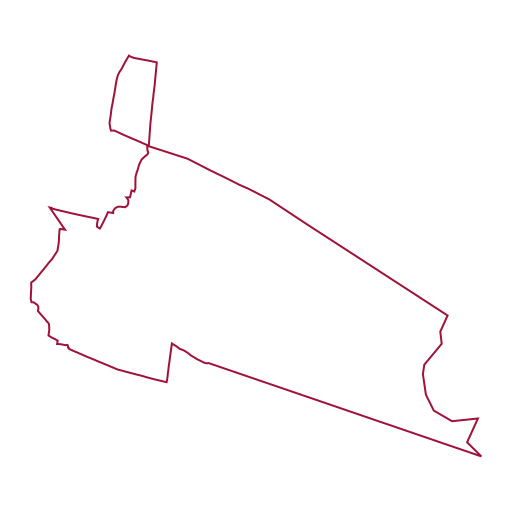 San Antonio de la Cal, Oaxaca, Mexico
{"feature_id": "50627088B70630919067736", "entity_name": "San Antonio de la Cal", "entity_type": "district", "adm_level": 2, "iso_a3": "MEX", "parent_name": "Mexico", "parent_adm1": "Oaxaca", "projection": "albers", "projection_center": [-96.703, 17.028], "detail": "fine", "context": "isolated", "style": "outline", "palette": "rose", "viewbox_px": 512, "rotation_deg": 0, "n_neighbors": 0, "source": "geoboundaries", "source_scale": "gbopen_adm2", "svg_char_len": 2744}
<svg xmlns="http://www.w3.org/2000/svg" viewBox="0 0 512 512"><path d="M57.1,344.0L60.8,344.2L65.5,345.2L66.5,345.0L66.9,344.9L67.4,344.9L68.1,346.1L68.0,347.6L68.9,348.1L69.0,348.8L70.7,349.7L73.2,350.8L76.3,352.1L87.3,356.9L94.5,359.8L98.6,361.6L102.1,363.0L104.5,364.0L117.6,369.5L132.6,373.5L133.6,373.7L136.4,374.5L139.2,375.1L142.7,376.1L143.3,376.2L145.4,376.9L153.2,379.0L166.6,382.2L167.2,379.1L167.4,378.0L167.7,374.8L167.9,373.0L168.3,370.5L168.6,367.4L169.1,363.9L169.9,358.0L171.9,343.5L173.5,344.5L176.3,346.2L179.9,349.0L181.1,349.3L183.6,350.3L185.2,351.2L186.2,351.9L187.3,352.6L188.6,353.6L189.5,354.2L191.4,355.8L192.6,356.4L196.6,358.9L196.9,359.1L200.2,360.7L204.4,362.8L205.6,363.1L206.8,363.3L207.5,363.2L208.4,363.0L449.1,445.4L481.3,456.4L467.1,442.3L477.9,418.5L452.0,421.2L433.8,410.6L425.9,394.7L422.9,374.1L424.3,364.7L441.7,343.8L440.3,331.6L447.6,315.5L307.1,224.4L270.9,200.5L269.7,199.6L267.7,198.6L266.5,198.0L260.0,194.7L253.5,191.3L252.2,190.7L248.1,188.6L239.4,184.8L238.8,184.5L233.1,181.6L226.0,178.0L221.9,176.0L221.7,175.9L219.2,174.7L216.9,173.6L214.7,172.5L211.3,170.9L209.7,170.1L187.5,158.7L153.1,147.6L148.8,146.2L150.4,123.6L152.0,108.4L152.2,105.4L152.8,100.3L153.3,97.1L153.4,95.2L154.6,85.5L156.8,62.4L149.9,60.9L145.5,60.1L133.9,57.9L132.1,57.2L130.2,56.5L129.0,55.6L125.6,61.2L123.4,65.4L121.7,68.7L119.4,72.1L117.8,75.4L116.7,79.5L115.9,83.6L115.2,88.4L114.2,94.5L113.5,97.8L112.8,102.0L112.5,103.7L111.5,108.6L110.9,113.9L109.5,123.1L110.4,128.6L111.0,130.6L112.6,130.6L114.2,130.5L124.1,135.1L132.9,138.9L136.3,140.3L142.4,143.0L147.0,145.0L147.3,146.7L147.4,150.1L148.2,152.7L148.2,152.9L147.8,153.8L147.4,154.4L146.3,155.4L145.4,156.0L141.7,159.4L139.2,164.4L137.5,170.4L136.8,172.0L136.2,174.2L135.5,176.9L135.4,182.8L135.4,188.4L134.7,190.3L134.3,191.5L131.6,190.4L130.0,197.4L126.4,197.4L127.0,198.2L127.5,198.8L128.4,200.5L128.2,203.5L127.4,205.5L125.2,207.2L122.9,207.0L120.6,206.7L118.1,206.7L115.5,207.9L114.1,209.5L113.2,211.0L113.2,213.0L107.9,212.2L106.6,215.4L101.5,225.7L99.8,228.5L99.0,228.1L96.9,226.6L97.1,223.5L97.7,220.4L98.2,219.0L91.9,217.6L86.4,216.5L72.0,213.4L64.0,211.5L56.0,209.6L52.6,208.7L51.7,207.9L49.7,207.5L54.5,214.4L61.6,224.8L65.0,229.7L60.3,228.9L59.6,229.3L59.6,229.8L59.1,235.4L59.0,239.0L58.8,241.7L58.5,244.4L58.0,247.1L57.5,250.7L52.4,258.5L52.0,259.2L48.9,262.6L46.3,266.0L35.4,279.3L33.2,281.1L31.2,282.5L31.3,287.0L30.7,298.9L31.5,302.2L33.8,302.4L35.5,303.7L36.7,304.4L37.6,305.4L38.3,306.5L38.3,309.1L37.9,311.0L40.5,314.0L43.9,317.8L47.6,322.3L48.3,322.7L49.0,324.4L49.2,327.4L49.3,329.6L48.5,335.5L50.1,336.5L51.4,337.4L53.1,338.2L54.9,339.0L57.1,340.4L57.7,340.7L57.5,341.5L57.1,344.0Z" fill="none" stroke="#9f1239" stroke-width="2"/></svg>